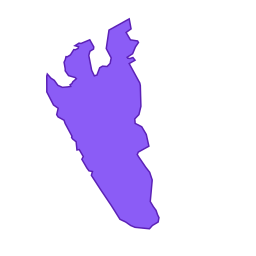 outline of Dosso, Dosso, Niger, rotated 330°
{"feature_id": "23599985B13950466033624", "entity_name": "Dosso", "entity_type": "district", "adm_level": 2, "iso_a3": "NER", "parent_name": "Niger", "parent_adm1": "Dosso", "projection": "robinson", "projection_center": [3.352, 12.846], "detail": "fine", "context": "isolated", "style": "filled", "palette": "violet", "viewbox_px": 256, "rotation_deg": 330, "n_neighbors": 0, "source": "geoboundaries", "source_scale": "gbopen_adm2", "svg_char_len": 1409}
<svg xmlns="http://www.w3.org/2000/svg" viewBox="0 0 256 256"><g transform="rotate(330 128 128)"><path d="M75.4,203.1L78.9,208.1L81.6,213.8L84.4,217.5L96.2,226.0L100.4,224.6L107.1,224.5L110.0,221.1L110.2,217.9L111.1,213.4L110.6,208.7L110.5,202.8L115.6,195.6L122.3,186.1L123.0,185.0L124.6,177.2L123.7,170.7L122.8,158.3L122.7,155.6L124.9,154.0L137.0,154.2L140.6,142.7L140.5,133.8L136.5,127.6L138.4,123.5L144.2,121.8L150.0,115.7L159.9,97.4L160.7,94.9L161.2,73.7L161.2,72.8L168.0,72.8L167.5,69.4L164.5,68.8L162.7,67.5L162.6,66.3L169.1,66.0L175.0,61.5L179.8,59.2L179.8,57.4L174.2,52.9L174.1,44.3L180.2,43.7L181.3,40.6L183.6,34.1L160.5,33.7L148.9,48.3L148.5,58.9L144.8,63.1L140.7,64.3L136.9,61.7L133.6,61.7L127.6,66.6L124.9,66.0L125.4,59.8L130.3,45.6L133.4,42.5L137.6,42.4L138.9,40.7L139.0,32.5L129.6,31.3L128.0,30.0L123.2,30.2L125.8,32.9L124.6,34.1L121.5,33.9L120.3,33.0L114.7,35.9L111.1,36.0L110.0,35.2L107.9,37.4L105.5,39.1L103.2,45.4L102.2,47.1L102.7,52.9L107.5,57.9L107.9,59.5L103.3,60.4L101.6,61.5L99.5,61.6L99.2,63.4L96.2,62.2L91.5,60.0L88.6,56.0L88.0,49.9L86.2,46.3L85.1,40.9L83.6,42.4L75.7,56.2L75.0,70.8L77.4,76.0L72.9,80.8L73.0,83.5L76.5,89.3L75.8,92.8L75.4,107.0L74.4,108.0L74.6,110.0L76.2,114.0L72.8,121.5L75.0,122.3L75.0,130.4L72.4,132.0L72.4,134.4L72.4,142.0L72.8,145.6L75.5,147.9L72.6,150.7L73.5,167.9L74.8,187.0L75.2,197.6L75.4,203.1Z" fill="#8b5cf6" stroke="#5b21b6" stroke-width="1.5"/></g></svg>